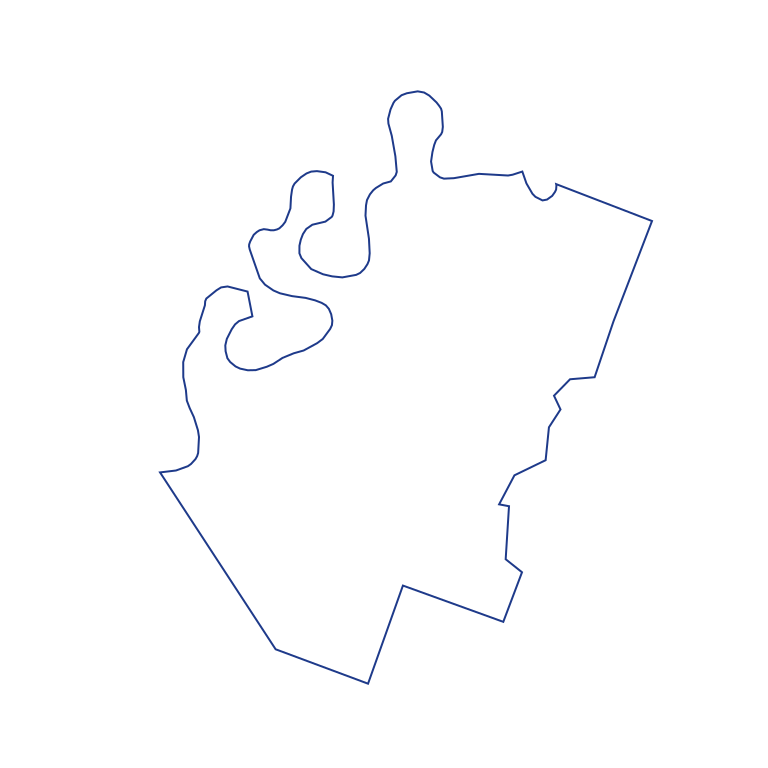 outline of Tunica, Mississippi, United States of America, rotated 21°
{"feature_id": "52423323B98518761698174", "entity_name": "Tunica", "entity_type": "district", "adm_level": 2, "iso_a3": "USA", "parent_name": "United States of America", "parent_adm1": "Mississippi", "projection": "orthographic", "projection_center": [-90.469, 34.658], "detail": "fine", "context": "isolated", "style": "outline", "palette": "blue", "viewbox_px": 768, "rotation_deg": 21, "n_neighbors": 0, "source": "geoboundaries", "source_scale": "gbopen_adm2", "svg_char_len": 2358}
<svg xmlns="http://www.w3.org/2000/svg" viewBox="0 0 768 768"><g transform="rotate(21 384 384)"><path d="M580.6,563.3L580.3,510.3L560.4,504.0L544.5,453.3L534.6,455.1L538.5,422.5L562.2,397.2L553.5,365.3L557.9,344.5L546.9,334.0L556.0,312.9L578.2,302.2L575.8,243.4L575.8,135.8L473.1,135.7L473.8,136.8L475.0,140.8L474.8,143.4L473.6,148.1L470.1,153.4L466.2,155.8L458.3,155.0L454.4,153.2L445.1,145.7L437.0,136.1L429.1,142.5L425.1,144.9L397.3,153.8L375.5,166.8L369.1,169.6L366.4,170.8L362.2,171.0L354.6,168.8L353.1,167.7L348.2,159.4L346.1,150.1L345.2,142.7L345.2,137.9L347.8,130.4L348.0,127.8L346.8,122.9L340.3,108.8L338.6,106.5L335.6,104.4L332.1,102.3L322.9,98.5L317.0,97.5L310.6,98.7L301.1,104.4L296.9,108.1L292.7,115.6L292.1,118.1L291.7,125.3L292.8,135.0L294.8,139.3L302.3,149.5L313.0,167.3L319.9,181.4L320.1,185.1L317.8,192.4L311.4,197.1L306.2,203.9L304.5,207.0L302.9,212.0L302.2,218.4L303.2,223.7L306.4,233.5L317.9,253.8L323.8,267.1L325.7,274.0L325.6,278.0L324.4,283.6L321.9,288.9L318.9,292.1L306.9,299.4L297.0,302.1L287.8,303.4L274.9,302.8L261.8,296.1L258.2,292.3L255.5,285.2L254.6,279.1L254.6,273.1L255.9,267.1L260.0,261.0L271.1,253.4L275.3,246.8L275.6,245.3L275.1,240.9L272.9,234.4L263.8,214.3L261.8,207.9L253.6,207.3L245.1,209.3L239.9,211.8L236.2,215.2L232.3,220.8L228.7,228.9L228.2,232.2L228.5,235.5L230.1,242.5L233.7,253.6L233.7,268.0L232.5,272.1L230.5,276.2L228.7,278.1L226.0,280.0L223.1,281.1L220.0,281.6L216.3,282.5L212.7,285.1L210.8,287.7L208.9,291.4L208.0,298.9L208.1,302.0L208.7,303.9L210.5,306.6L230.2,329.9L237.3,333.9L247.2,336.3L254.3,336.6L266.7,334.9L280.0,331.7L289.7,330.6L296.7,330.6L301.5,331.4L305.6,333.6L309.7,337.8L313.1,343.4L314.3,347.7L314.0,351.9L310.7,363.9L306.9,369.9L297.0,381.5L288.7,387.7L279.9,396.0L273.5,404.9L268.4,409.9L259.3,417.0L251.9,420.0L244.1,421.2L239.1,420.8L232.5,418.6L228.6,416.1L224.4,410.2L222.0,404.8L221.1,398.2L222.2,387.5L223.6,381.7L226.1,377.2L236.9,368.0L223.5,346.6L203.0,349.0L197.3,352.2L194.0,356.6L187.5,367.9L187.4,370.8L188.6,374.7L189.6,391.5L190.9,397.2L192.9,401.4L192.9,402.5L192.5,404.1L187.6,422.2L188.7,435.5L194.2,449.6L201.2,460.6L205.9,470.2L211.2,476.1L218.4,483.1L226.9,493.9L230.3,499.8L235.2,515.0L235.4,518.4L234.9,521.7L232.5,527.8L230.4,531.0L220.8,539.3L206.6,546.8L377.9,670.5L476.5,669.5L473.9,565.4L580.6,563.3Z" fill="none" stroke="#1e3a8a" stroke-width="2"/></g></svg>